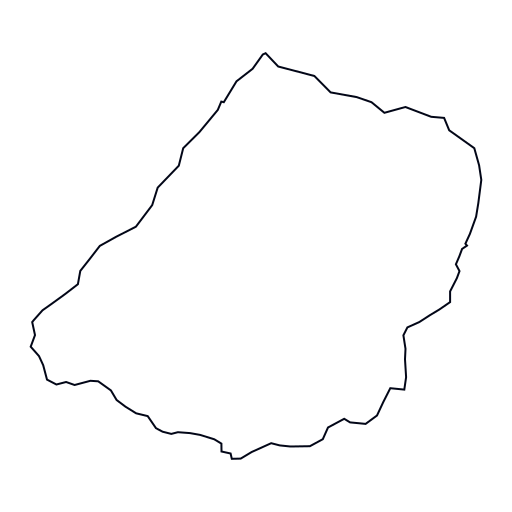 outline of Kelokedara, Paphos, Cyprus
{"feature_id": "46923920B54949765658337", "entity_name": "Kelokedara", "entity_type": "district", "adm_level": 2, "iso_a3": "CYP", "parent_name": "Cyprus", "parent_adm1": "Paphos", "projection": "robinson", "projection_center": [32.643, 34.814], "detail": "fine", "context": "isolated", "style": "outline", "palette": "ink", "viewbox_px": 512, "rotation_deg": 0, "n_neighbors": 0, "source": "geoboundaries", "source_scale": "gbopen_adm2", "svg_char_len": 1300}
<svg xmlns="http://www.w3.org/2000/svg" viewBox="0 0 512 512"><path d="M221.3,101.6L217.8,109.9L199.4,132.1L183.2,148.2L178.8,165.7L157.7,187.6L152.2,205.1L135.9,226.7L116.1,236.8L99.8,245.9L89.7,259.0L80.3,270.9L77.9,284.2L65.6,293.7L51.7,303.8L42.5,310.3L33.8,320.1L32.2,322.1L35.0,335.1L30.7,346.7L39.0,356.1L43.2,365.2L47.0,379.6L56.4,384.5L66.1,382.0L74.6,385.0L90.4,380.8L98.2,381.3L110.9,390.4L116.6,400.0L125.5,406.7L136.1,413.3L147.7,416.1L156.0,428.2L162.6,431.7L171.3,433.9L177.9,432.2L190.0,433.1L200.1,434.9L214.3,439.3L221.4,443.6L221.5,451.5L230.6,453.5L231.8,458.8L236.6,458.7L240.7,458.6L251.7,452.0L271.2,443.2L279.7,445.4L290.4,446.5L309.9,446.2L322.8,439.2L328.0,427.5L344.2,418.8L350.1,422.4L359.6,423.3L365.6,423.9L377.0,415.5L383.3,402.0L390.3,388.2L404.3,389.6L406.1,377.2L405.0,359.3L405.5,348.8L403.4,335.3L407.4,327.4L419.4,322.0L430.2,315.0L439.2,309.6L450.1,302.1L450.1,291.4L456.9,278.1L459.5,271.1L455.9,264.3L459.3,256.4L462.1,248.9L467.0,245.6L465.4,243.7L469.9,233.9L476.1,216.7L478.3,203.2L481.3,179.9L479.1,165.3L474.3,148.2L449.2,130.3L444.1,117.9L431.2,116.8L405.4,107.0L384.4,112.8L371.5,102.2L356.7,97.1L330.6,92.4L314.4,76.0L278.2,66.5L265.6,53.2L262.8,54.5L252.6,68.8L236.5,81.3L223.8,102.2L221.3,101.6Z" fill="none" stroke="#020617" stroke-width="2"/></svg>